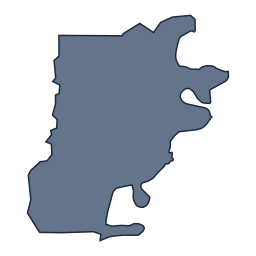 Tensas, Louisiana, United States of America (Robinson projection)
{"feature_id": "52423323B9748869428654", "entity_name": "Tensas", "entity_type": "district", "adm_level": 2, "iso_a3": "USA", "parent_name": "United States of America", "parent_adm1": "Louisiana", "projection": "robinson", "projection_center": [-91.232, 31.991], "detail": "fine", "context": "isolated", "style": "filled", "palette": "slate", "viewbox_px": 256, "rotation_deg": 0, "n_neighbors": 0, "source": "geoboundaries", "source_scale": "gbopen_adm2", "svg_char_len": 2313}
<svg xmlns="http://www.w3.org/2000/svg" viewBox="0 0 256 256"><path d="M220.2,69.9L217.1,68.8L214.3,66.8L211.4,65.9L209.7,65.7L206.0,65.8L202.5,66.9L201.6,67.4L198.8,69.6L197.9,69.3L191.4,69.1L189.5,68.6L186.7,67.2L182.8,66.4L179.9,66.2L178.9,65.5L176.7,61.2L176.0,59.1L175.6,56.5L175.9,52.5L176.9,47.1L178.0,42.7L179.4,38.2L180.2,37.3L181.7,36.0L190.6,31.0L191.9,30.9L192.5,31.1L194.1,32.0L195.2,30.6L195.0,19.4L190.6,15.4L172.3,17.1L160.6,22.5L153.5,32.5L139.8,23.4L123.3,33.6L122.0,35.8L58.9,35.4L59.0,55.9L54.1,60.5L55.7,78.0L52.7,81.5L59.9,85.1L59.0,93.6L55.5,95.1L55.5,104.1L52.5,115.1L57.1,119.5L56.7,128.1L50.7,130.5L51.6,134.8L45.8,141.8L51.4,144.1L51.9,154.6L46.9,160.9L40.2,161.7L30.7,170.5L28.3,175.3L30.8,199.6L27.5,213.1L39.6,232.4L61.5,232.7L93.4,231.7L100.9,234.2L100.1,240.6L109.3,236.8L116.8,235.7L122.7,235.2L123.4,235.2L132.6,235.2L138.5,235.1L143.0,231.2L144.4,228.2L143.1,225.7L139.1,223.9L134.7,223.5L129.1,225.8L123.7,225.5L121.4,225.4L111.7,226.2L105.8,224.2L106.1,219.9L107.7,211.6L112.8,192.6L113.7,190.9L115.4,189.0L117.1,188.1L119.7,187.3L131.5,185.0L132.0,185.1L133.5,190.9L133.2,196.6L133.4,198.8L134.0,200.8L135.1,203.3L136.1,204.9L136.8,205.6L138.1,206.4L140.9,207.3L143.5,207.2L145.9,205.8L147.9,203.6L148.9,201.6L149.7,197.6L149.5,196.9L143.8,191.2L141.8,189.0L141.3,188.2L141.0,187.3L140.9,185.7L141.4,184.0L141.8,183.3L142.6,182.8L148.6,180.9L153.5,177.8L156.4,174.2L163.0,167.5L164.4,165.9L165.2,164.2L165.9,163.7L167.2,163.9L168.6,163.5L169.0,163.3L169.7,162.1L170.2,161.5L172.4,160.7L173.4,159.9L173.2,159.0L171.8,157.3L172.3,153.2L171.9,152.4L169.5,152.8L168.9,152.5L168.8,152.2L170.1,147.5L170.4,144.5L170.3,142.6L170.6,141.1L171.9,139.1L174.6,135.8L177.2,133.2L179.3,131.7L196.6,129.7L201.5,128.3L204.4,126.3L206.6,124.0L211.8,116.8L210.4,116.1L210.0,113.9L209.4,111.6L208.7,110.4L207.4,109.1L204.6,107.8L193.8,105.4L186.4,103.8L184.1,102.6L182.3,101.1L181.3,99.7L180.5,98.0L180.2,96.9L180.2,95.6L180.4,94.5L180.8,93.4L182.5,91.1L185.1,89.1L186.4,88.6L188.5,88.4L190.2,89.1L192.5,90.7L194.1,92.8L197.7,98.7L201.6,102.2L203.5,103.0L209.5,103.4L210.2,103.0L210.7,102.2L209.7,91.1L209.8,90.2L210.3,89.6L215.2,86.9L225.5,81.2L226.9,80.0L228.5,76.9L228.4,74.2L228.3,71.5L225.4,71.6L223.1,71.1L220.5,70.1L220.2,69.9Z" fill="#64748b" stroke="#1e293b" stroke-width="1.5"/></svg>